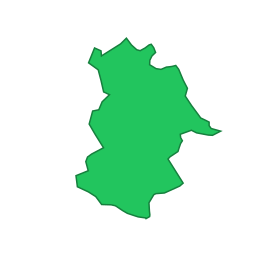 outline of Artik, Shirak, Armenia, rotated 54°
{"feature_id": "60910142B41372146219443", "entity_name": "Artik", "entity_type": "district", "adm_level": 2, "iso_a3": "ARM", "parent_name": "Armenia", "parent_adm1": "Shirak", "projection": "orthographic", "projection_center": [44.01, 40.585], "detail": "fine", "context": "isolated", "style": "filled", "palette": "green", "viewbox_px": 256, "rotation_deg": 54, "n_neighbors": 0, "source": "geoboundaries", "source_scale": "gbopen_adm2", "svg_char_len": 1200}
<svg xmlns="http://www.w3.org/2000/svg" viewBox="0 0 256 256"><g transform="rotate(54 128 128)"><path d="M54.4,76.5L55.6,84.6L54.1,107.1L49.7,104.5L43.6,108.0L52.1,121.6L63.4,117.9L73.5,121.8L84.5,126.5L90.2,123.4L91.6,133.5L96.1,140.9L93.5,146.6L102.0,157.1L113.8,158.3L129.6,159.4L127.7,172.6L127.7,177.8L130.4,181.9L139.2,185.3L136.0,198.1L145.8,203.5L156.4,197.6L164.5,194.4L174.4,194.3L177.2,190.7L180.2,186.8L183.5,183.9L191.6,180.9L196.6,178.7L202.2,174.7L205.9,172.0L211.1,166.6L211.9,166.7L212.4,162.6L211.8,162.0L211.0,161.3L207.8,159.5L200.8,155.0L197.1,146.3L197.5,144.0L202.0,136.7L205.4,120.2L205.0,115.8L176.6,113.9L176.0,110.9L176.4,101.4L174.0,98.2L171.5,94.6L170.3,91.5L166.8,91.1L163.8,89.4L167.1,78.0L168.5,77.3L172.2,75.4L180.9,67.2L183.6,63.9L185.0,54.9L182.1,57.2L177.3,61.0L173.8,61.0L170.9,58.9L167.4,60.7L162.6,63.3L157.6,63.3L147.1,63.4L142.2,63.2L135.8,62.9L130.8,56.6L125.5,55.8L121.7,55.2L116.2,53.9L110.4,52.5L105.5,52.6L104.1,56.1L102.9,58.4L101.3,61.1L100.0,66.8L96.5,70.4L89.5,73.3L86.0,70.5L83.8,66.3L83.1,61.3L78.1,60.0L73.9,60.0L73.2,62.1L73.3,67.1L72.6,72.7L69.9,74.9L64.8,76.0L62.8,76.4L54.4,76.5Z" fill="#22c55e" stroke="#15803d" stroke-width="1.5"/></g></svg>